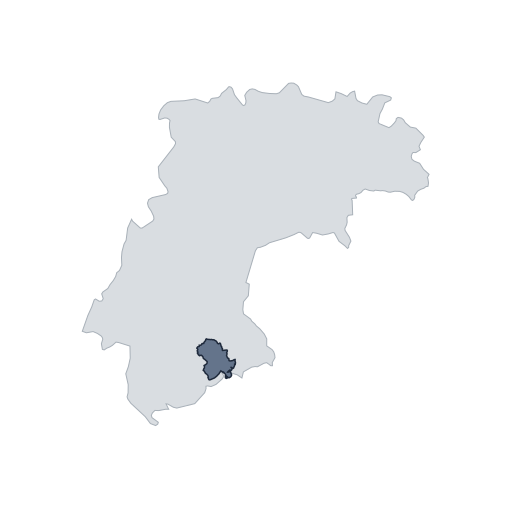 Dubreka, Dubréka, Guinea shown in context, rotated 287°
{"feature_id": "49546643B20116898332008", "entity_name": "Dubreka", "entity_type": "district", "adm_level": 2, "iso_a3": "GIN", "parent_name": "Guinea", "parent_adm1": "Dubréka", "projection": "mercator", "projection_center": [-13.536, 10.125], "detail": "fine", "context": "in_parent", "style": "filled", "palette": "slate", "viewbox_px": 512, "rotation_deg": 287, "n_neighbors": 0, "source": "geoboundaries", "source_scale": "gbopen_adm2", "svg_char_len": 6645}
<svg xmlns="http://www.w3.org/2000/svg" viewBox="0 0 512 512"><g transform="rotate(287 256 256)"><path d="M312.3,333.5L308.3,332.9L306.5,333.7L301.2,339.9L298.0,342.4L293.1,341.6L291.3,342.1L290.0,341.3L291.8,337.9L294.3,331.1L300.9,324.3L301.0,322.8L298.3,318.8L295.5,313.4L295.5,307.5L295.0,303.3L289.2,302.1L288.2,301.4L288.0,300.0L291.3,292.6L291.5,291.2L291.1,289.8L287.6,286.1L282.1,279.2L272.6,265.0L269.0,262.0L265.6,257.6L264.3,254.9L260.8,253.9L227.7,254.1L227.1,257.8L215.7,260.3L208.6,257.4L200.8,259.1L197.0,261.0L194.1,269.3L192.4,271.0L190.7,274.8L189.2,276.8L187.5,280.9L183.8,286.7L179.9,290.5L173.2,292.5L171.2,298.7L169.6,300.9L167.1,302.7L164.3,303.9L158.9,302.7L155.9,303.8L155.4,302.3L157.1,297.4L155.7,294.9L150.5,289.8L150.0,287.4L148.4,284.3L141.5,277.8L135.2,278.2L136.9,272.7L136.8,265.5L134.7,261.5L135.2,257.5L134.0,257.8L131.9,260.5L128.5,259.6L121.5,255.3L118.0,251.2L117.6,247.6L116.8,246.2L114.6,247.0L110.3,246.9L96.9,240.6L87.4,224.7L87.2,221.1L88.6,214.9L88.3,213.2L83.9,217.3L83.1,214.5L79.7,208.1L78.8,204.5L75.6,202.8L73.0,202.5L71.0,203.8L68.4,211.2L66.5,211.2L64.5,209.6L64.9,204.0L70.0,197.0L78.6,179.3L81.7,175.3L83.6,173.9L87.7,173.7L95.6,171.4L105.3,165.9L112.8,166.3L121.5,165.6L133.0,161.8L133.1,149.9L132.7,147.3L128.7,144.9L126.3,142.8L124.2,140.2L121.8,138.3L121.8,136.4L126.9,133.8L131.6,133.8L133.1,132.9L134.3,131.2L135.6,126.9L136.1,122.3L133.0,116.3L133.2,111.9L150.0,112.6L159.2,113.8L166.8,114.1L168.0,115.1L166.9,119.3L167.9,121.7L170.5,122.4L174.7,119.5L176.9,120.1L181.6,123.8L186.0,124.8L190.8,126.7L195.3,127.8L199.3,127.7L202.3,129.7L207.9,130.4L215.2,127.8L220.9,126.6L228.9,126.3L233.0,127.2L245.2,125.1L254.8,126.3L253.3,127.7L248.9,137.2L249.4,138.9L259.2,147.0L261.5,147.6L264.1,146.5L268.3,142.7L271.6,138.7L274.8,136.8L278.5,136.9L281.5,139.7L288.4,151.7L290.1,153.2L291.8,153.1L294.8,150.9L296.4,148.3L302.8,140.4L312.7,136.5L336.3,145.5L339.8,146.2L341.8,145.5L344.8,140.2L353.7,135.6L357.9,134.4L360.4,134.2L361.3,132.8L361.8,130.6L361.3,128.3L358.5,124.3L358.4,123.1L360.0,122.3L363.4,121.7L367.8,122.1L372.7,123.9L376.7,126.4L379.0,129.4L383.5,142.0L388.4,151.9L388.2,165.1L390.4,166.5L392.9,167.0L394.0,168.1L396.4,173.5L398.7,175.1L401.4,175.5L406.5,179.0L409.8,180.4L410.2,181.4L410.1,182.9L408.9,184.7L403.9,188.3L401.5,191.5L396.5,198.9L396.3,200.3L397.4,201.3L399.5,201.5L401.7,201.0L406.3,198.3L409.9,199.2L413.4,201.3L414.7,203.5L415.0,206.3L414.2,210.0L414.1,214.1L415.3,221.1L417.1,228.0L418.9,230.6L430.6,236.7L431.7,239.0L432.3,241.6L431.4,245.1L430.3,247.1L423.9,252.5L422.9,255.1L423.4,259.9L423.8,280.3L426.4,283.7L429.3,285.5L436.4,284.5L436.2,290.1L435.2,296.5L439.3,298.4L441.4,300.3L442.5,302.1L436.0,305.5L434.2,307.5L433.3,312.7L433.5,317.6L442.2,321.1L445.5,325.2L447.0,329.4L447.5,337.4L446.8,339.2L444.5,339.2L440.1,334.4L433.4,333.9L428.4,332.9L420.0,333.6L418.6,335.0L417.6,345.6L419.7,347.4L423.7,349.4L426.3,350.3L428.4,350.0L430.1,351.3L430.4,354.8L429.3,357.4L427.1,359.8L424.4,365.9L425.0,371.5L420.3,380.4L418.9,382.2L412.7,380.4L408.6,379.8L405.7,382.1L401.6,378.6L400.9,375.9L399.4,375.3L396.7,375.3L394.1,376.8L393.0,379.7L392.5,385.4L387.9,390.8L384.7,397.6L381.0,397.0L380.2,397.8L376.3,399.6L372.9,400.1L372.0,398.2L370.0,396.8L367.8,393.9L365.3,391.6L360.5,390.0L358.6,390.7L356.4,390.5L354.9,389.6L355.1,388.2L357.6,384.7L359.0,381.4L359.8,377.9L359.8,374.5L358.5,369.7L356.3,365.9L355.8,363.7L356.0,360.6L355.5,357.7L354.8,356.2L353.8,350.7L352.6,349.7L351.8,345.3L352.0,340.8L350.2,339.1L347.3,337.8L345.6,336.0L344.5,334.1L343.4,333.5L342.5,333.6L341.7,334.8L340.8,335.1L339.1,330.9L338.3,330.7L337.2,331.7L323.7,336.4L321.9,332.4L319.3,331.7L314.9,333.3L312.3,333.5Z" fill="#d9dde1" stroke="#a8b0b8" stroke-width="1"/><path d="M135.5,257.0L135.5,257.3L135.5,258.9L135.1,259.6L134.6,260.1L134.1,261.1L133.6,261.7L132.6,262.5L132.4,263.1L132.2,263.4L132.1,263.6L132.2,263.9L131.8,264.5L131.6,265.0L131.6,265.3L131.7,265.7L131.8,266.0L132.7,266.8L133.1,267.1L133.6,267.3L134.8,267.5L135.3,267.4L136.2,266.6L136.5,266.5L137.0,266.0L137.3,265.8L137.5,265.5L137.8,264.7L137.6,264.1L137.1,263.7L136.6,263.0L136.6,262.7L136.9,262.8L137.0,263.1L137.2,263.3L137.6,263.5L137.9,263.6L138.6,263.1L138.4,263.5L138.2,264.0L138.3,264.2L139.1,264.3L139.3,264.4L139.2,264.5L138.7,264.8L138.9,265.5L139.1,265.6L140.1,266.1L141.2,266.0L141.6,265.8L141.5,266.1L141.7,265.8L142.0,265.4L142.0,265.2L142.2,264.9L142.3,265.1L142.1,265.9L141.7,266.5L141.8,266.9L142.6,267.4L143.2,267.3L145.0,267.6L146.3,267.2L146.4,267.8L147.9,267.6L148.7,267.2L148.9,266.9L149.9,266.5L150.9,266.3L150.6,265.5L149.2,264.3L148.2,262.3L148.0,261.5L148.1,260.8L149.4,260.3L149.6,260.2L150.0,259.9L150.0,259.6L150.2,259.1L150.1,258.8L150.4,258.4L152.1,257.0L154.0,256.9L154.8,256.2L156.5,256.4L156.8,256.3L157.0,256.3L157.6,255.7L157.1,254.4L156.5,253.0L155.9,251.7L156.3,251.2L157.4,251.1L157.8,250.8L158.0,250.3L158.6,249.9L159.1,249.8L159.5,249.1L162.0,247.5L162.1,246.8L161.6,246.5L161.1,245.9L161.1,245.3L161.5,244.4L161.9,244.2L162.5,243.5L163.2,242.3L163.2,241.3L163.5,240.7L163.6,240.1L163.4,239.8L163.2,239.0L163.2,237.9L162.8,237.1L162.5,235.5L162.3,234.8L162.1,233.1L162.2,232.7L161.5,232.4L161.1,232.4L160.9,232.5L160.0,232.3L158.7,231.7L157.3,231.4L157.1,231.5L156.8,230.9L156.6,230.2L156.3,229.9L155.8,230.0L154.7,229.4L154.1,228.4L154.1,227.9L153.3,228.1L152.9,228.1L152.8,227.7L152.6,227.6L152.2,227.0L151.9,226.7L151.2,226.6L151.0,226.4L150.5,226.4L150.3,227.0L150.1,227.3L149.7,227.5L149.4,227.7L149.3,227.8L148.6,227.5L148.1,227.5L147.9,227.6L147.6,228.0L147.2,228.4L147.1,228.6L146.8,228.6L146.7,228.6L146.4,228.5L146.2,228.3L145.9,228.4L145.5,228.9L145.2,229.3L145.2,229.8L144.7,229.8L144.1,231.1L144.7,231.9L145.1,232.4L145.1,232.8L144.9,232.9L144.9,233.5L144.0,234.8L143.5,235.1L142.9,235.4L142.5,235.9L142.4,236.5L142.1,237.3L140.8,240.1L140.2,240.3L139.4,240.5L138.6,240.4L137.7,239.8L137.0,239.1L136.5,239.0L136.1,238.4L135.1,239.1L133.7,239.4L133.1,239.1L132.4,239.0L131.7,239.0L131.2,239.0L131.0,239.8L129.5,241.6L129.0,241.9L128.7,243.2L127.7,244.9L126.2,245.8L125.8,245.6L124.3,246.8L124.0,247.1L124.0,248.0L124.2,248.3L124.9,249.2L125.8,250.2L126.2,250.7L127.3,252.0L128.7,252.9L129.3,253.4L132.0,254.7L132.6,255.1L133.2,255.2L133.5,255.2L134.7,255.6L135.0,255.9L135.4,255.8L135.9,256.0L135.5,257.0ZM131.3,263.0L131.5,262.8L131.9,262.3L132.0,262.3L133.0,261.7L132.2,261.8L131.5,262.2L130.9,262.2L130.6,262.4L130.3,263.1L130.3,263.4L130.6,264.0L131.0,264.0L131.3,263.0ZM134.9,259.3L135.3,258.9L135.4,258.6L135.3,257.9L134.9,258.7L135.0,258.9L134.8,259.2L134.8,259.4L134.9,259.3Z" fill="#64748b" stroke="#1e293b" stroke-width="1.5"/></g></svg>